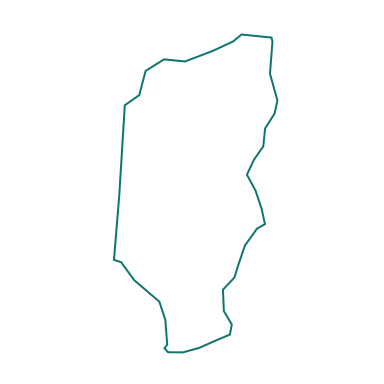 Härryda, Västra Götaland, Sweden (Albers equal-area conic projection), rotated 276°
{"feature_id": "70781695B40038989009726", "entity_name": "Härryda", "entity_type": "district", "adm_level": 2, "iso_a3": "SWE", "parent_name": "Sweden", "parent_adm1": "Västra Götaland", "projection": "albers", "projection_center": [12.327, 57.685], "detail": "fine", "context": "isolated", "style": "outline", "palette": "teal", "viewbox_px": 384, "rotation_deg": 276, "n_neighbors": 0, "source": "geoboundaries", "source_scale": "gbopen_adm2", "svg_char_len": 644}
<svg xmlns="http://www.w3.org/2000/svg" viewBox="0 0 384 384"><g transform="rotate(276 192 192)"><path d="M33.7,181.0L30.1,185.0L31.6,199.9L37.8,215.6L46.4,230.5L54.2,244.6L64.4,245.4L77.0,236.1L98.1,233.0L111.5,243.2L124.0,245.6L144.4,250.3L162.4,260.5L167.7,267.9L182.8,262.9L200.1,255.0L215.0,244.8L230.7,250.3L244.8,258.1L262.9,258.1L278.6,265.9L291.9,267.4L317.8,257.2L350.0,256.3L353.9,254.9L353.8,224.8L346.1,217.2L334.6,198.1L321.1,171.4L321.0,150.3L307.6,133.2L282.8,129.4L271.3,116.1L181.5,120.0L116.3,121.5L114.8,128.8L98.3,143.7L79.5,171.0L62.2,178.8L37.7,183.3L33.7,181.0Z" fill="none" stroke="#0f766e" stroke-width="2"/></g></svg>